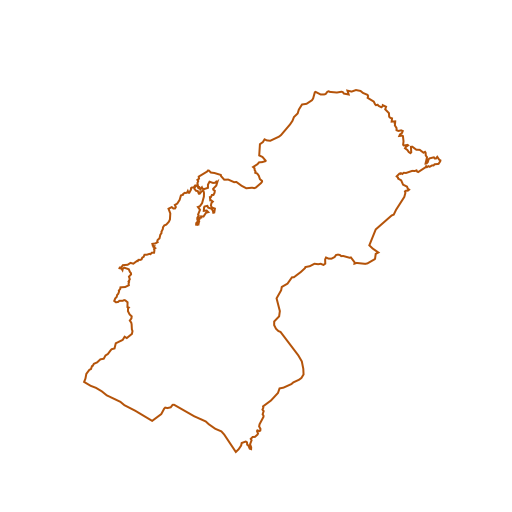 Karagwe, Kagera, United Republic of Tanzania, rotated 30°
{"feature_id": "72390352B65686612592635", "entity_name": "Karagwe", "entity_type": "district", "adm_level": 2, "iso_a3": "TZA", "parent_name": "United Republic of Tanzania", "parent_adm1": "Kagera", "projection": "orthographic", "projection_center": [31.075, -1.721], "detail": "fine", "context": "isolated", "style": "outline", "palette": "amber", "viewbox_px": 512, "rotation_deg": 30, "n_neighbors": 0, "source": "geoboundaries", "source_scale": "gbopen_adm2", "svg_char_len": 6059}
<svg xmlns="http://www.w3.org/2000/svg" viewBox="0 0 512 512"><g transform="rotate(30 256 256)"><path d="M336.5,435.8L337.6,432.0L337.9,427.6L337.1,425.1L339.9,421.8L341.4,421.9L342.7,423.8L344.1,423.9L346.9,426.0L348.3,425.7L347.5,424.1L345.0,422.0L344.3,417.8L342.9,417.0L343.6,414.4L345.5,413.2L346.6,409.9L346.5,408.7L344.4,407.1L344.4,406.3L346.6,405.9L347.0,405.0L346.3,403.5L343.9,402.0L343.2,399.9L342.9,391.5L342.3,390.5L340.9,389.8L340.2,386.5L338.4,385.8L338.2,383.7L337.3,382.7L341.2,373.7L343.5,363.6L342.6,358.9L345.6,356.3L350.7,349.2L351.5,346.8L355.1,341.7L356.3,339.0L356.4,334.8L353.4,330.1L348.4,324.4L342.3,320.9L315.2,309.5L312.9,309.8L309.7,309.0L306.3,306.8L304.5,303.6L306.2,296.7L304.2,291.8L295.0,282.4L294.9,273.1L293.8,269.9L297.1,264.2L297.8,256.5L299.4,255.5L302.8,247.5L304.5,242.0L304.3,240.9L307.7,237.9L310.5,233.5L314.0,232.0L315.9,230.4L318.9,230.0L319.8,228.0L317.6,224.4L317.4,222.3L320.1,222.0L322.7,220.6L324.6,217.6L324.8,215.2L326.3,213.8L328.1,213.2L329.9,213.5L331.5,212.4L338.0,210.7L338.9,209.8L344.6,212.2L345.1,213.4L346.6,211.7L354.5,208.2L356.2,206.7L360.3,199.6L360.5,198.9L358.6,194.3L360.2,191.8L353.3,191.2L348.8,190.1L346.4,173.1L353.2,153.1L354.6,151.3L354.2,145.9L354.9,130.7L353.8,126.6L352.7,125.6L353.3,124.4L354.8,123.5L355.4,122.0L353.8,121.8L352.1,120.4L347.7,120.7L343.9,117.9L340.4,117.9L339.8,117.1L338.0,116.7L339.0,113.0L339.6,112.3L340.0,112.5L340.3,111.8L341.7,111.8L342.3,110.1L344.4,109.1L348.7,104.2L351.0,103.0L352.2,101.6L353.3,102.3L354.5,102.2L358.6,94.1L358.5,93.2L359.6,93.6L360.4,92.0L361.8,91.9L363.2,89.5L364.5,88.8L364.8,87.3L368.0,85.0L368.2,81.9L367.9,81.0L366.5,81.0L363.4,79.5L363.1,81.6L362.0,82.2L360.7,81.6L357.5,84.7L357.1,86.0L357.8,88.6L357.5,90.4L356.6,91.1L354.7,84.9L352.8,84.1L351.3,81.8L350.3,81.3L349.4,82.8L344.7,82.2L341.7,83.8L336.7,83.2L335.6,84.0L338.6,88.6L338.3,89.7L336.3,89.6L334.1,88.5L331.2,88.2L331.3,86.5L332.4,84.1L331.7,84.0L328.8,86.4L327.8,86.1L326.4,82.9L323.3,78.7L322.4,78.7L320.1,80.4L319.9,78.7L320.9,76.5L320.6,74.4L318.9,74.6L316.8,76.5L314.8,76.8L313.7,74.9L311.0,73.5L309.5,70.3L309.2,70.7L308.9,70.0L306.3,71.8L305.0,68.8L303.2,69.2L301.7,68.8L299.7,65.8L294.6,64.4L294.0,61.7L290.4,62.0L290.8,63.0L290.2,64.5L287.2,64.7L285.7,64.2L284.5,65.4L283.3,65.1L280.8,63.4L273.6,63.2L273.1,61.4L272.0,60.7L267.1,61.3L264.0,60.8L259.6,62.3L256.6,65.8L252.5,67.1L255.5,69.8L250.9,71.4L249.2,70.7L247.9,71.0L244.3,74.0L237.8,77.0L236.6,77.0L235.7,78.1L235.3,80.9L234.4,81.9L231.2,83.8L225.5,84.1L225.1,84.8L226.7,91.0L226.6,93.1L223.7,98.9L220.1,101.8L219.9,107.8L220.8,111.7L219.4,116.7L220.0,120.7L219.7,125.0L217.2,138.8L216.2,141.2L210.7,149.1L207.5,150.5L205.1,150.7L205.0,153.9L203.5,157.2L208.5,167.3L212.1,167.0L216.7,168.6L216.8,169.1L214.4,171.6L211.8,173.4L211.4,175.7L209.0,180.4L210.9,180.8L211.9,182.3L213.3,183.0L213.7,184.3L215.9,184.0L218.3,185.1L221.0,187.5L223.6,187.9L224.1,188.6L223.9,190.3L221.6,196.9L220.6,198.1L218.5,198.8L213.7,202.2L208.4,202.4L202.0,201.7L200.2,203.0L193.8,203.7L190.3,205.8L185.8,204.3L185.0,203.4L178.5,204.9L175.2,206.3L172.6,205.6L171.7,205.9L171.4,207.4L166.7,215.9L168.0,217.5L167.2,219.4L168.5,220.0L168.8,222.1L170.6,224.2L170.3,224.7L172.3,226.1L172.7,225.9L171.8,224.8L172.4,224.6L174.4,226.2L174.8,223.6L175.9,224.5L177.8,223.8L180.3,221.0L178.7,218.2L178.6,214.9L182.3,214.2L184.0,213.0L184.4,211.4L185.3,211.7L185.5,211.1L186.4,214.9L185.3,219.2L185.8,219.9L187.7,220.1L188.5,222.0L188.6,224.4L187.3,225.2L187.5,227.6L186.7,228.1L188.6,230.7L189.4,230.2L191.4,230.5L190.9,232.4L191.7,234.8L193.5,236.1L196.7,235.5L198.1,239.2L197.4,239.9L195.9,238.3L193.9,237.3L190.5,238.0L188.8,236.9L186.7,238.9L186.7,239.8L188.2,243.0L190.5,241.3L192.7,241.9L191.1,243.5L190.8,248.1L188.7,249.1L189.3,250.1L187.9,250.8L188.6,252.3L187.8,253.4L189.1,254.1L188.7,254.7L189.5,254.8L190.3,257.3L189.8,257.3L189.7,258.3L188.5,258.8L187.8,257.4L188.4,255.0L187.0,253.7L187.7,252.6L186.4,252.8L186.1,252.3L186.1,249.6L185.1,249.0L184.4,244.0L181.2,242.6L182.5,241.0L182.9,237.2L181.2,230.7L179.5,227.5L178.1,226.0L177.4,226.0L176.5,227.4L176.2,230.0L175.9,230.3L175.2,229.6L174.9,230.3L173.1,228.9L171.5,229.5L169.1,228.6L168.6,227.6L169.1,224.7L168.0,225.4L167.8,227.8L166.2,228.8L165.8,229.7L166.5,231.1L166.6,234.6L165.9,235.0L164.5,233.9L164.6,235.3L163.8,236.5L162.7,236.9L161.9,238.6L162.2,239.4L160.7,241.1L161.8,245.6L161.6,250.0L160.2,252.4L162.1,253.7L162.1,255.3L160.7,256.2L158.6,255.8L156.6,258.8L160.5,262.0L163.2,267.4L163.4,270.0L162.6,273.7L161.3,275.3L161.1,277.7L161.8,279.1L162.0,282.3L162.7,283.4L162.5,285.4L163.6,289.0L162.8,291.2L163.1,292.6L163.9,293.2L162.5,295.5L160.2,297.3L161.5,298.7L163.0,298.3L162.8,299.4L164.8,299.6L164.2,301.0L165.1,301.7L166.1,304.1L164.1,305.3L163.7,307.2L162.7,307.4L160.9,309.4L158.8,310.7L159.1,312.9L158.3,314.3L158.6,316.1L157.9,317.1L156.1,318.1L156.1,319.6L155.4,319.8L153.6,324.0L150.8,324.7L149.2,327.8L145.3,330.5L145.0,333.3L143.8,334.1L143.9,334.8L145.9,334.2L147.4,335.0L147.0,333.7L147.7,332.0L152.5,331.1L154.7,332.8L156.3,333.4L157.0,334.4L156.3,337.4L158.3,339.2L158.4,341.9L159.1,342.0L159.4,343.5L160.5,344.9L158.2,348.3L154.3,350.9L154.9,352.5L154.5,354.5L155.2,355.3L155.6,357.7L155.2,359.0L155.8,361.1L155.3,363.1L155.7,365.8L157.9,366.1L159.6,364.7L160.1,363.1L162.9,361.5L163.9,360.1L165.0,359.8L167.9,360.3L170.2,364.5L171.6,364.3L171.4,365.4L172.7,367.8L175.8,369.8L178.5,370.4L179.3,372.3L179.0,375.0L181.3,376.1L182.4,377.3L185.2,381.6L186.6,382.8L187.5,385.5L185.1,391.7L182.6,391.6L182.5,395.3L178.2,401.7L179.7,406.8L177.6,408.9L177.3,410.1L176.7,415.0L175.4,417.4L175.5,421.1L172.9,423.3L171.6,427.6L169.5,430.4L169.5,432.9L169.0,433.4L169.6,436.4L168.6,437.9L168.0,442.9L169.6,447.5L170.1,451.0L177.7,451.1L183.3,450.2L190.1,450.3L196.4,451.3L211.5,450.1L216.6,451.0L228.7,450.4L248.5,450.7L253.0,440.3L252.8,434.2L253.2,432.7L255.3,432.0L257.8,429.7L258.2,426.6L259.5,425.8L282.6,425.7L295.2,424.4L299.2,425.3L307.1,426.0L313.7,425.2L317.7,426.5L336.5,435.8Z" fill="none" stroke="#b45309" stroke-width="2"/></g></svg>